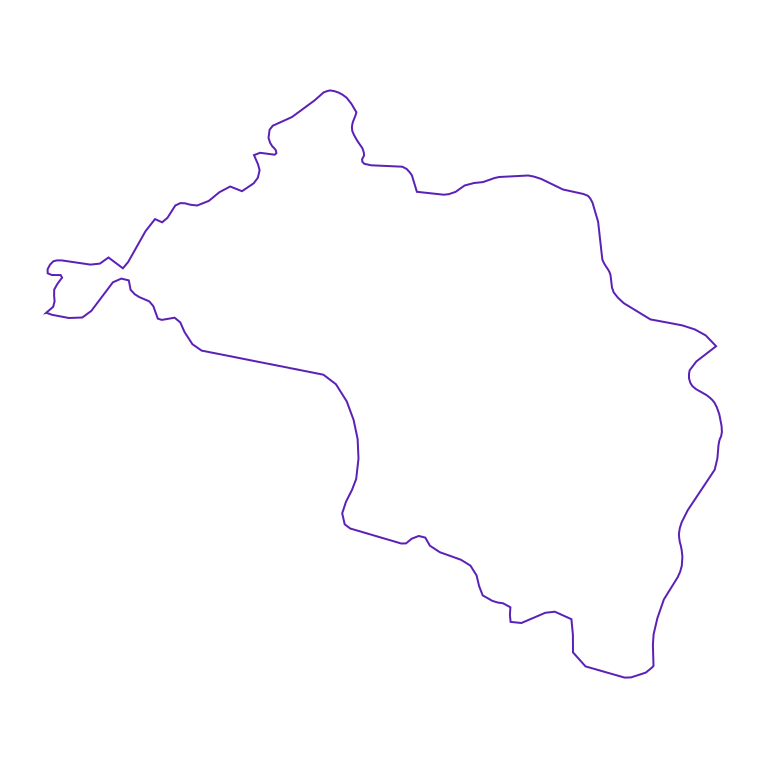 Narayani, Natural Earth projection
{"feature_id": "NPL-1132", "entity_name": "Narayani", "entity_type": "Administrative Zone", "adm_level": 1, "iso_a3": "NPL", "parent_name": "Nepal", "parent_adm1": "", "projection": "natural_earth1", "projection_center": [84.782, 27.311], "detail": "fine", "context": "isolated", "style": "outline", "palette": "violet", "viewbox_px": 768, "rotation_deg": 0, "n_neighbors": 0, "source": "natural_earth", "source_scale": "10m", "svg_char_len": 2677}
<svg xmlns="http://www.w3.org/2000/svg" viewBox="0 0 768 768"><path d="M653.5,665.8L652.6,667.0L645.8,672.6L631.0,677.4L624.6,677.6L585.5,666.4L573.0,652.4L572.9,634.7L571.4,619.2L554.8,611.7L545.2,612.8L521.4,623.0L510.6,621.9L509.9,615.0L510.4,607.3L503.1,603.3L497.7,602.5L492.4,600.9L482.7,595.4L479.1,586.1L476.6,575.5L470.5,565.7L461.0,559.8L439.8,552.2L429.9,545.7L425.3,537.6L418.7,536.0L411.7,538.7L406.0,543.4L401.2,543.5L350.2,528.5L344.7,524.3L342.2,513.3L346.0,501.7L352.0,489.9L356.2,478.9L358.5,458.5L357.6,438.9L353.6,419.9L346.7,401.3L335.9,384.2L323.4,374.7L201.6,350.6L192.4,344.2L184.5,332.0L180.3,322.4L174.6,317.7L161.8,319.9L157.8,318.6L153.3,306.1L149.3,301.4L139.1,297.0L134.6,294.1L130.6,289.8L128.8,280.4L121.3,278.6L112.9,282.3L91.3,310.9L82.3,317.5L68.9,318.0L52.0,314.8L46.5,312.8L46.1,312.9L46.4,312.6L53.2,306.8L54.6,301.3L54.1,295.5L54.2,289.6L57.4,283.9L62.1,277.6L60.7,275.1L51.8,275.0L47.7,273.3L47.6,269.3L50.0,264.7L53.3,261.3L56.8,260.4L61.8,260.4L90.4,264.6L99.9,263.6L108.5,257.5L122.9,268.3L128.1,262.1L145.5,231.2L155.0,219.1L162.1,222.3L167.4,217.9L175.3,205.5L180.4,203.1L185.0,203.3L190.2,204.7L197.1,205.5L208.8,200.9L219.4,192.2L230.2,186.5L242.0,191.2L253.7,183.3L257.9,177.7L259.6,170.2L258.0,164.3L254.0,155.1L260.1,152.8L274.6,154.7L276.4,153.2L275.8,150.2L274.0,148.0L272.2,146.2L270.1,142.8L268.5,137.8L269.6,129.7L272.8,125.7L292.0,117.0L314.7,100.3L323.5,92.5L326.2,91.4L330.0,90.4L334.6,91.2L338.6,92.6L342.4,94.6L346.6,97.7L351.4,103.8L356.4,112.3L355.4,115.7L352.9,121.9L352.2,124.9L351.9,127.6L352.3,131.1L354.0,135.0L357.1,140.5L362.5,148.4L363.8,152.5L364.1,155.5L362.1,159.2L362.3,161.7L364.3,163.8L371.2,165.3L402.3,166.7L406.7,169.0L409.9,172.5L411.9,175.4L416.9,191.8L443.6,194.7L448.7,194.2L455.5,191.9L464.6,185.5L474.1,183.0L482.9,182.1L494.6,178.0L499.2,177.0L528.2,175.5L534.0,176.6L541.1,178.9L563.0,189.5L583.5,194.0L588.1,195.9L590.4,198.7L592.5,202.7L598.1,221.7L601.7,253.9L602.4,259.7L603.8,262.8L605.8,266.2L607.8,269.1L609.4,271.9L610.5,275.0L611.9,286.8L612.0,287.5L613.7,292.4L617.9,297.7L623.8,303.2L650.4,319.4L668.7,322.8L682.3,325.4L695.0,329.5L705.7,335.4L716.1,346.2L696.4,361.4L689.7,370.2L689.0,373.8L689.0,378.3L690.3,382.8L692.4,386.1L696.1,389.2L706.5,395.1L709.9,397.7L712.5,400.2L714.6,402.9L716.9,407.5L719.3,414.3L721.6,426.2L721.9,432.0L721.1,436.4L720.0,438.6L719.2,441.2L718.5,445.2L717.4,458.3L714.7,469.7L687.8,510.1L681.7,522.2L679.8,528.1L678.9,534.0L679.2,538.0L679.9,542.5L680.8,545.5L681.7,550.3L682.4,556.7L681.8,565.7L680.2,571.6L677.7,577.2L663.9,599.4L657.4,618.1L653.6,634.3L652.9,644.7L653.5,665.6L653.5,665.8Z" fill="none" stroke="#5b21b6" stroke-width="2"/></svg>